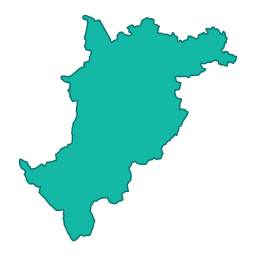 outline of An Nhon, Bình Định, Vietnam
{"feature_id": "81297802B14138193507010", "entity_name": "An Nhon", "entity_type": "district", "adm_level": 2, "iso_a3": "VNM", "parent_name": "Vietnam", "parent_adm1": "Bình Định", "projection": "natural_earth1", "projection_center": [109.077, 13.858], "detail": "fine", "context": "isolated", "style": "filled", "palette": "teal", "viewbox_px": 256, "rotation_deg": 0, "n_neighbors": 0, "source": "geoboundaries", "source_scale": "gbopen_adm2", "svg_char_len": 5646}
<svg xmlns="http://www.w3.org/2000/svg" viewBox="0 0 256 256"><path d="M226.1,42.2L226.3,40.5L226.9,38.9L227.0,37.8L225.5,36.9L225.2,33.8L224.8,32.7L223.6,31.5L222.6,32.3L222.3,33.8L221.7,34.0L220.8,33.9L220.3,33.6L220.0,32.7L219.2,31.9L218.8,30.5L218.2,29.5L216.7,28.9L215.4,29.6L214.0,27.2L213.3,27.1L212.3,27.4L210.3,29.2L206.6,28.5L206.1,29.2L206.1,30.2L207.9,31.9L207.6,33.4L206.8,33.9L205.8,34.0L204.8,33.2L203.6,32.8L202.2,33.2L201.4,34.1L199.3,34.6L198.6,35.2L198.2,37.6L197.8,38.2L196.9,38.7L195.7,38.7L194.7,38.3L190.8,36.2L190.1,36.4L188.7,36.1L188.2,36.5L187.7,39.1L187.0,39.9L184.5,40.5L183.6,41.3L182.5,41.9L181.4,41.8L181.2,40.8L180.5,40.5L180.0,40.5L179.2,41.3L177.9,41.3L177.6,41.2L177.4,40.6L177.6,39.4L177.4,37.3L176.6,36.4L174.5,35.8L174.2,35.1L173.9,33.4L173.1,32.7L172.3,33.0L171.9,35.1L171.2,35.7L170.7,35.7L166.8,34.3L163.3,34.3L161.1,33.2L157.6,33.3L157.3,33.0L157.9,31.9L158.5,27.6L159.2,26.6L158.9,26.1L157.5,25.2L154.8,24.4L154.2,24.0L153.6,22.9L153.6,21.4L154.1,20.2L153.8,19.7L151.7,18.7L150.4,19.0L148.1,18.0L146.9,17.9L146.4,18.0L144.8,19.1L143.2,19.7L142.4,20.3L141.4,22.3L140.8,24.5L140.1,25.6L139.4,26.2L136.1,26.0L135.0,27.2L134.2,27.2L133.6,26.7L133.4,25.8L132.2,25.0L131.1,25.3L127.9,27.0L127.3,27.7L127.4,28.2L129.0,29.2L129.1,29.5L128.9,31.3L129.1,32.0L131.2,32.9L131.6,33.7L131.4,34.4L130.7,35.0L129.2,35.7L128.6,35.7L124.3,34.4L123.4,33.7L122.8,32.5L122.4,32.2L119.7,32.5L119.3,32.7L118.9,34.1L117.9,34.5L117.3,35.7L117.3,39.4L116.4,40.0L114.1,40.6L112.2,42.0L111.4,42.2L110.7,41.8L110.2,39.1L99.6,20.3L98.8,20.1L95.2,21.2L94.9,21.1L94.7,20.2L94.0,19.2L91.9,17.9L85.2,15.4L83.7,15.9L82.9,17.2L83.0,18.6L83.2,18.9L85.2,19.4L86.9,20.2L87.3,20.7L87.7,21.8L87.6,23.8L86.2,31.4L85.3,35.3L84.7,36.5L84.5,38.3L84.7,39.0L85.9,40.1L86.0,41.2L86.0,41.9L84.6,46.5L85.7,47.8L85.7,49.4L86.1,49.7L91.3,50.6L91.3,51.7L90.5,55.3L89.5,57.2L89.6,58.8L89.1,61.3L88.6,61.9L87.5,61.4L86.5,62.0L84.4,62.4L84.3,63.5L83.8,64.0L83.8,64.4L84.8,66.3L80.4,68.1L79.2,68.9L72.2,75.0L70.5,76.1L67.9,76.9L65.3,76.2L61.7,76.3L61.4,76.4L61.2,77.1L61.4,78.7L63.9,81.0L66.0,82.1L69.2,82.6L69.9,83.4L70.2,84.7L70.2,86.2L69.3,88.4L69.8,90.1L69.3,90.3L68.3,90.0L68.0,90.5L69.9,93.4L70.0,94.9L69.9,96.6L71.2,98.5L71.5,99.9L72.5,101.1L73.1,101.6L75.0,100.8L77.7,100.7L77.1,103.0L77.3,105.0L76.8,106.6L76.4,111.4L77.2,114.2L76.9,116.2L74.8,121.1L73.2,123.0L73.1,125.7L72.2,127.9L72.2,130.2L71.8,133.0L72.6,135.3L72.1,142.7L70.4,144.4L68.1,144.5L67.4,146.6L64.8,147.2L61.3,148.9L60.8,149.3L60.0,150.8L58.2,152.7L56.0,154.0L55.8,154.7L56.5,159.2L56.1,160.2L51.9,161.7L46.8,162.4L46.4,162.9L46.1,164.5L45.3,166.1L45.0,166.3L42.5,164.4L41.2,164.2L39.8,165.4L35.4,168.5L34.0,168.8L31.0,168.9L30.5,168.7L30.2,168.2L30.1,166.9L28.9,166.2L27.0,162.3L26.5,161.8L24.4,161.4L22.4,160.0L20.7,159.3L19.8,159.4L19.6,163.4L19.9,165.0L21.8,168.4L23.8,169.5L25.1,170.9L25.4,172.8L24.3,174.2L26.0,177.2L26.7,180.2L28.5,182.9L30.3,184.0L30.9,184.1L31.6,183.3L32.3,183.3L34.8,184.9L35.9,186.3L37.8,186.7L38.5,187.1L40.4,186.8L39.2,192.3L39.3,192.7L45.5,199.0L50.4,205.2L51.8,206.1L55.8,209.9L56.6,210.3L57.7,210.4L60.7,210.2L62.8,209.5L63.4,209.8L63.8,210.8L63.9,211.8L63.3,214.1L64.1,216.6L63.2,217.8L63.1,218.2L64.0,220.7L64.3,224.8L65.3,226.9L65.9,227.6L66.2,229.3L67.6,231.7L68.1,233.5L69.7,235.1L70.9,238.2L72.6,240.3L73.1,240.6L74.3,240.6L75.7,239.9L77.5,238.4L80.0,235.5L80.7,235.1L82.1,235.0L83.4,235.9L84.2,236.0L85.2,235.9L86.1,235.2L88.1,235.5L89.6,235.3L90.4,234.0L93.0,226.9L93.8,223.0L94.6,220.9L94.5,220.0L93.5,218.4L92.3,215.0L90.5,211.7L90.4,209.8L90.9,206.2L91.5,204.8L92.6,203.6L93.4,201.7L94.1,201.2L96.3,201.1L97.0,200.8L98.8,199.2L100.8,198.4L103.2,197.9L105.5,197.9L106.9,197.6L107.5,197.8L109.2,201.4L110.3,202.6L113.8,203.6L116.1,203.5L118.3,201.4L121.2,200.8L122.1,200.2L122.7,199.5L122.8,199.1L121.8,195.0L122.2,193.4L125.3,191.5L128.2,191.3L128.4,191.1L127.5,187.8L127.3,184.8L127.5,183.8L129.8,181.2L130.5,180.0L130.8,179.3L131.1,176.4L130.7,172.9L128.8,168.0L130.9,165.5L132.2,162.2L134.9,161.4L135.3,161.5L137.5,163.6L139.0,163.6L140.8,164.3L145.7,164.3L146.2,164.0L146.9,162.5L147.8,161.3L149.7,159.9L152.3,159.6L153.7,157.8L154.6,158.0L155.4,159.0L156.1,159.2L160.2,158.8L160.9,158.4L161.5,157.4L161.6,155.5L162.9,153.8L161.4,149.3L161.9,147.4L162.4,146.3L163.7,144.9L165.6,144.3L166.9,142.3L168.3,140.8L170.2,140.3L171.0,138.2L171.4,137.8L172.6,137.6L175.0,134.2L175.4,134.2L176.2,135.4L176.9,135.0L177.5,132.2L178.4,130.8L178.9,126.8L180.5,126.1L180.9,125.7L182.0,123.7L182.7,121.6L185.8,117.1L187.3,114.5L188.0,112.2L186.4,111.2L184.8,109.7L181.7,109.1L179.7,109.8L179.6,108.6L180.0,105.2L179.5,104.4L181.1,101.0L181.4,99.2L179.1,98.6L176.6,97.6L176.2,97.2L175.4,95.5L175.0,93.7L174.9,91.5L175.0,90.3L175.4,89.9L177.8,89.8L178.8,89.6L179.3,89.2L179.6,88.5L180.8,83.1L179.9,82.5L178.3,82.3L176.6,81.3L176.1,80.4L175.3,77.5L176.5,76.2L177.1,76.0L178.9,76.6L180.1,76.7L185.2,76.2L186.8,76.6L188.2,77.5L188.8,77.5L190.8,75.4L197.4,75.1L198.5,74.9L199.5,74.1L200.7,72.0L203.0,71.8L204.7,70.2L205.7,69.7L205.5,69.0L202.6,68.2L201.9,67.5L201.6,66.1L200.9,65.4L200.4,64.0L201.1,63.1L203.6,63.7L205.4,63.5L206.4,62.8L208.3,62.2L211.5,62.1L213.5,60.7L214.7,60.3L218.0,61.0L218.5,61.7L218.6,63.8L220.1,63.9L220.5,64.2L220.7,64.9L223.2,64.7L226.3,66.0L227.3,65.8L227.1,64.5L227.8,63.5L227.6,62.5L228.1,62.0L231.3,62.4L233.5,63.3L234.2,61.8L235.5,60.9L236.4,57.2L236.4,56.6L234.1,56.1L232.4,54.6L228.8,54.4L228.5,54.1L228.1,52.3L226.7,51.7L224.9,51.5L224.6,51.9L224.4,52.9L223.8,52.9L223.0,52.4L221.6,50.2L221.5,49.4L221.8,49.1L223.5,48.3L224.3,45.6L224.5,43.3L225.5,43.3L226.1,42.2Z" fill="#14b8a6" stroke="#0f766e" stroke-width="1.5"/></svg>